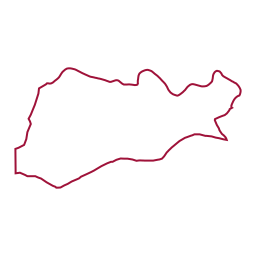 outline of Gouette, Micoud, Saint Lucia
{"feature_id": "8701671B72439737760091", "entity_name": "Gouette", "entity_type": "district", "adm_level": 2, "iso_a3": "LCA", "parent_name": "Saint Lucia", "parent_adm1": "Micoud", "projection": "orthographic", "projection_center": [-60.939, 13.806], "detail": "fine", "context": "isolated", "style": "outline", "palette": "rose", "viewbox_px": 256, "rotation_deg": 0, "n_neighbors": 0, "source": "geoboundaries", "source_scale": "gbopen_adm2", "svg_char_len": 4048}
<svg xmlns="http://www.w3.org/2000/svg" viewBox="0 0 256 256"><path d="M47.0,83.3L46.0,84.3L44.3,85.3L39.0,88.4L38.7,91.0L38.4,93.6L36.9,98.3L34.8,104.9L32.7,110.0L30.8,114.7L28.6,118.8L30.0,121.4L30.8,124.0L28.2,130.2L27.4,132.1L26.3,139.1L24.5,143.9L24.1,144.9L18.5,147.8L15.4,148.9L15.6,169.8L15.6,173.3L18.7,172.9L19.9,172.7L25.2,175.0L27.0,176.0L27.5,176.2L35.3,176.2L37.7,177.3L38.4,177.6L41.0,178.5L42.2,179.3L46.6,182.3L52.8,185.8L55.4,186.8L56.3,187.7L57.5,187.7L60.5,187.5L64.3,185.4L67.7,183.9L71.7,181.5L76.2,179.6L79.0,178.4L81.0,176.7L85.2,174.8L87.8,173.6L91.2,172.0L94.1,170.5L97.1,168.7L100.3,166.8L101.3,166.2L102.5,165.6L107.2,163.3L111.0,161.8L112.6,161.8L116.4,159.8L120.6,158.5L122.8,158.6L124.9,158.7L127.7,158.7L132.5,159.5L136.5,160.8L138.6,160.5L139.8,160.4L145.0,160.6L153.2,160.6L157.3,159.8L158.5,159.6L159.3,159.5L161.9,158.7L163.9,156.6L164.7,155.5L166.7,152.5L168.1,151.1L168.5,150.6L170.9,148.3L171.7,147.5L173.9,145.7L175.2,144.6L175.8,144.1L179.4,141.1L182.8,139.1L185.0,137.8L187.1,137.1L190.9,135.7L192.3,135.3L194.5,134.3L197.6,134.3L199.5,134.3L205.5,135.9L207.0,135.9L211.6,136.4L215.7,137.6L219.1,138.2L223.4,139.3L226.7,139.9L226.2,138.5L225.6,137.4L223.9,135.5L221.9,133.9L220.6,132.0L219.5,130.3L218.9,128.4L216.8,124.9L215.2,121.1L214.8,120.1L215.0,119.1L219.1,117.2L222.4,115.9L224.7,115.1L226.9,113.4L229.3,110.3L229.7,109.1L232.0,107.8L231.7,107.6L231.4,107.3L231.4,106.5L231.3,105.9L231.5,105.4L231.7,104.6L232.5,102.8L233.1,101.5L233.6,100.5L234.3,99.4L234.5,99.1L235.3,98.1L236.4,97.1L237.2,96.5L237.8,96.1L239.4,95.5L239.6,95.0L240.0,94.2L240.4,92.7L240.6,91.5L240.6,90.9L240.6,90.0L240.0,88.5L239.3,87.2L238.2,85.6L237.8,85.2L237.3,84.6L236.1,83.4L234.4,82.6L232.8,81.6L231.8,81.2L230.3,80.2L228.5,79.2L226.6,78.1L226.2,77.9L225.3,77.4L223.8,76.5L223.4,76.3L222.1,75.0L221.3,73.3L220.9,72.9L219.8,71.6L218.9,71.2L218.3,71.1L217.5,70.9L216.6,70.9L215.6,71.4L214.6,72.3L214.1,73.1L213.7,73.7L213.1,75.3L212.9,76.7L212.7,78.5L212.4,79.8L212.3,80.4L212.0,81.4L211.0,82.6L210.7,82.8L210.0,83.5L209.4,84.0L208.9,84.5L208.0,85.1L207.3,85.6L206.7,85.8L206.4,86.0L204.7,86.3L203.0,86.4L202.4,86.4L201.2,86.3L200.2,86.0L197.6,85.3L196.6,85.0L195.8,84.8L194.8,84.5L193.3,84.2L193.0,84.1L192.5,84.1L191.3,84.3L189.9,84.9L189.5,85.3L189.0,85.6L188.2,86.3L187.8,86.6L187.5,86.9L187.1,87.4L185.9,88.9L185.2,89.9L184.1,90.9L183.7,91.3L182.8,92.2L181.9,92.9L181.4,93.3L180.6,93.9L179.9,94.4L179.5,94.7L178.4,95.3L177.9,95.5L177.6,95.6L177.1,95.6L176.6,95.5L174.4,94.8L172.9,94.2L171.6,93.3L170.8,92.7L170.5,92.5L169.5,91.2L168.9,90.5L168.5,89.9L167.8,88.6L167.5,87.9L167.1,87.0L166.8,86.5L166.2,85.5L165.1,83.8L164.4,83.0L163.9,82.5L163.2,81.7L162.6,81.2L161.8,80.3L161.5,80.0L159.9,78.2L158.8,77.2L157.5,75.9L156.2,74.9L154.9,73.9L154.6,73.7L154.3,73.4L152.9,72.2L151.9,71.4L151.5,71.1L149.7,70.4L149.0,70.2L148.0,69.9L146.8,69.9L145.6,70.1L144.9,70.3L143.6,70.8L142.9,71.1L141.7,71.7L141.3,72.0L140.7,72.4L139.4,73.6L139.0,74.6L138.8,75.0L138.6,75.4L138.3,77.2L138.1,79.0L137.8,80.8L137.8,81.8L137.8,82.2L137.8,82.7L137.9,83.5L137.7,83.8L137.4,84.6L136.2,85.0L134.7,85.1L133.6,84.9L131.5,84.6L130.2,84.5L129.5,84.4L128.7,84.4L127.2,84.5L125.4,84.5L124.8,84.5L123.8,84.5L122.4,83.8L121.5,83.1L120.3,82.1L119.9,81.8L118.9,80.9L117.9,80.4L117.4,80.3L116.5,80.2L115.6,80.3L113.8,80.9L113.0,81.2L112.5,81.3L112.0,81.5L111.5,81.7L110.6,81.9L109.8,81.9L109.4,81.8L108.6,81.5L107.6,81.1L107.2,81.0L106.4,80.7L105.1,80.2L102.7,79.5L100.6,78.9L100.1,78.8L99.4,78.6L98.5,78.5L98.1,78.4L97.0,78.1L96.2,77.9L95.4,77.8L93.9,77.4L92.5,77.1L91.3,76.9L90.1,76.6L88.9,76.1L86.7,75.1L85.3,74.5L83.6,73.7L82.9,73.4L82.3,73.1L81.3,72.6L80.2,72.0L79.8,71.8L78.2,71.0L77.1,70.4L75.7,69.7L75.2,69.5L74.7,69.3L72.6,68.8L72.3,68.7L70.7,68.4L69.5,68.3L68.8,68.3L67.4,68.5L66.9,68.6L65.5,69.4L65.3,69.5L64.6,70.1L63.2,71.3L62.3,72.2L61.0,74.1L60.0,75.8L59.0,77.3L57.9,78.4L57.2,79.0L56.2,79.8L55.1,80.6L54.3,81.3L52.9,82.5L51.4,83.3L50.5,83.5L49.8,83.6L48.5,83.4L47.8,83.3L47.0,83.3Z" fill="none" stroke="#9f1239" stroke-width="2"/></svg>